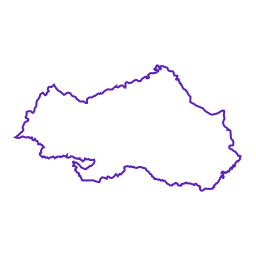 outline of Bondo, Orientale, Democratic Republic of the Congo
{"feature_id": "63176286B80368275017521", "entity_name": "Bondo", "entity_type": "district", "adm_level": 2, "iso_a3": "COD", "parent_name": "Democratic Republic of the Congo", "parent_adm1": "Orientale", "projection": "albers", "projection_center": [23.994, 4.253], "detail": "fine", "context": "isolated", "style": "outline", "palette": "violet", "viewbox_px": 256, "rotation_deg": 0, "n_neighbors": 0, "source": "geoboundaries", "source_scale": "gbopen_adm2", "svg_char_len": 5784}
<svg xmlns="http://www.w3.org/2000/svg" viewBox="0 0 256 256"><path d="M170.5,185.5L172.2,185.3L172.5,184.6L173.5,184.4L175.5,182.9L177.1,183.4L177.6,184.0L177.6,184.6L178.3,185.3L179.1,185.6L180.1,185.3L181.0,185.7L181.3,185.4L181.6,184.1L182.4,184.2L183.0,183.7L184.1,183.7L185.4,182.7L186.6,182.7L186.9,183.3L189.6,183.3L193.3,184.5L194.0,185.1L194.4,185.0L195.1,183.8L196.3,184.0L197.8,185.6L199.7,186.2L200.1,186.7L200.2,187.0L199.8,187.7L200.0,189.1L200.9,190.5L201.3,190.6L202.5,190.6L205.3,188.5L207.5,188.9L208.7,188.8L209.9,189.0L210.6,188.7L211.9,188.8L212.6,188.6L212.9,188.4L213.2,187.3L214.1,187.0L213.8,186.1L214.2,185.4L215.3,184.6L216.1,183.4L217.1,183.3L218.1,182.1L218.3,181.4L219.1,180.5L220.5,177.2L221.2,177.0L221.4,175.9L221.8,176.0L222.3,177.2L222.9,177.8L223.3,177.9L223.7,176.9L223.1,175.6L223.3,174.2L221.5,173.1L222.2,171.7L222.6,171.6L223.6,171.9L225.4,173.0L226.1,172.2L226.6,172.4L227.4,172.2L227.8,171.3L229.0,171.5L229.7,170.4L229.5,169.7L230.9,167.7L231.5,167.5L232.0,168.6L232.6,167.6L232.6,166.3L233.3,165.4L233.8,165.5L234.3,166.4L234.9,166.1L234.8,165.3L234.3,164.8L235.3,163.7L236.2,162.0L237.5,160.9L238.2,161.3L239.9,159.3L239.9,157.6L240.6,156.3L239.4,155.8L238.1,155.8L237.8,154.8L236.9,153.8L236.2,152.5L233.0,150.4L232.2,149.5L230.5,148.9L229.4,148.2L229.2,146.7L229.7,145.9L230.4,145.5L231.8,145.5L233.1,145.2L233.4,142.6L233.1,140.9L231.2,138.7L230.9,138.0L230.5,131.2L229.7,130.1L227.6,129.9L228.1,129.2L227.6,128.5L225.3,127.0L224.3,126.0L223.2,123.8L223.1,122.6L223.5,120.8L224.4,118.9L224.4,118.1L223.9,115.4L224.2,111.0L223.8,110.7L221.9,110.7L217.7,113.3L212.2,114.7L210.6,114.3L205.3,111.1L202.9,108.3L195.4,105.2L194.2,104.0L193.3,103.7L190.8,102.3L190.2,101.8L190.5,96.9L188.5,94.7L187.1,91.8L186.3,91.2L185.7,89.9L183.9,89.1L183.2,88.4L182.6,87.6L182.2,86.1L181.2,85.0L181.3,84.1L179.6,83.1L179.6,81.8L178.8,81.0L178.9,80.1L178.7,79.3L176.8,79.7L176.1,79.5L176.0,79.1L176.8,78.2L177.2,77.2L177.4,76.5L177.3,75.8L174.3,75.4L173.6,72.6L172.9,71.4L169.4,71.0L168.1,70.0L167.5,68.1L167.1,67.7L164.2,66.8L163.6,66.4L161.3,66.0L160.2,66.5L160.1,67.2L160.9,68.5L160.8,69.0L160.0,69.3L157.9,65.5L157.1,65.4L156.6,65.7L156.1,66.5L155.6,68.2L154.5,68.7L154.3,69.2L155.1,70.2L156.7,69.7L157.6,69.9L158.1,70.4L158.2,71.3L156.8,72.0L155.5,73.0L153.6,72.9L152.5,73.4L151.5,73.1L150.0,73.3L148.2,75.0L148.2,75.6L149.0,77.2L148.7,78.0L148.3,78.2L146.7,78.3L146.6,76.8L145.5,76.6L142.2,78.7L140.6,81.0L138.2,81.1L136.8,80.0L136.0,79.9L134.5,80.4L131.3,82.7L128.9,83.1L127.5,82.3L126.3,82.3L125.3,83.6L125.6,85.5L125.4,87.6L124.7,87.5L122.7,85.6L121.4,85.4L120.0,85.9L118.9,87.0L117.9,87.4L116.2,86.8L116.3,86.0L114.3,87.4L112.4,89.4L109.7,89.5L108.3,89.3L107.2,89.5L104.5,91.0L102.4,93.4L101.4,93.4L100.7,93.1L99.9,94.0L98.5,93.4L94.7,96.1L94.4,96.1L94.8,95.8L93.9,96.1L92.1,97.4L89.5,97.4L88.9,97.7L87.0,99.2L86.9,103.0L85.7,103.0L83.6,101.4L80.4,101.5L79.2,101.1L78.0,99.6L76.5,98.9L76.3,98.1L75.3,96.8L72.6,96.2L71.6,95.2L70.5,93.5L69.4,92.8L67.3,92.8L64.0,94.9L60.3,91.6L58.1,90.6L55.5,87.4L53.9,84.7L51.5,87.0L49.0,86.8L48.1,87.9L47.7,89.6L48.8,91.0L48.5,91.5L46.8,92.6L46.6,94.2L46.0,94.8L45.5,95.2L45.0,95.1L43.2,93.0L42.6,92.8L40.5,94.3L40.0,95.1L40.0,96.0L39.6,96.8L38.5,99.0L37.0,100.6L36.8,101.3L36.4,103.1L36.3,106.2L34.6,108.5L34.4,110.6L33.8,112.0L33.1,112.8L32.5,112.7L31.9,112.4L31.2,111.4L28.6,111.1L26.6,112.0L26.5,115.7L25.6,117.1L25.9,118.0L28.1,118.9L28.3,119.3L28.0,120.8L27.3,121.0L24.8,122.4L24.4,123.0L22.6,127.3L22.7,128.3L23.4,129.3L23.0,130.7L21.7,132.1L20.8,132.6L18.9,134.7L17.2,135.9L16.1,137.0L15.4,137.3L16.6,137.8L17.7,137.7L19.3,138.0L20.7,137.2L22.7,136.4L25.5,137.5L28.7,137.1L30.1,138.1L31.5,137.4L31.9,137.5L32.4,139.7L33.4,140.3L34.9,138.9L35.5,140.3L36.4,140.9L37.3,141.0L38.3,143.1L38.2,144.2L39.4,144.3L40.2,143.9L41.2,144.9L42.0,145.0L43.8,147.3L42.7,147.7L41.8,148.9L41.0,151.0L41.2,152.8L39.9,153.3L39.8,154.7L42.1,156.9L43.0,156.6L43.2,157.2L44.3,156.5L44.7,156.6L45.1,157.4L46.1,157.8L47.1,157.3L48.5,158.5L50.5,157.3L52.0,157.2L52.7,156.7L53.4,156.6L53.8,157.2L54.7,157.7L54.9,158.2L56.1,157.3L56.6,157.4L57.2,156.6L58.0,156.8L59.2,156.5L59.9,157.0L60.7,156.6L61.3,157.0L62.1,156.7L62.8,156.0L63.4,155.7L64.3,156.2L65.9,156.3L66.8,155.4L66.5,157.0L66.9,157.5L68.6,157.7L69.4,157.3L70.0,157.2L70.8,156.3L72.1,156.4L74.2,157.4L74.2,157.8L75.2,158.3L76.4,158.4L77.3,158.7L77.5,158.5L78.3,158.7L79.2,158.4L79.0,159.0L79.3,159.2L80.1,159.1L80.8,159.8L82.1,160.4L82.5,161.2L84.2,160.4L84.9,159.2L84.9,158.6L85.7,158.7L87.1,159.4L88.8,159.0L89.2,159.7L90.7,160.1L94.1,159.7L94.4,160.6L94.4,161.7L94.2,162.7L93.7,163.5L91.2,165.9L90.8,166.1L89.7,166.0L88.3,167.5L87.2,167.8L86.3,169.0L85.2,169.2L81.2,167.4L79.1,164.8L76.4,162.6L74.7,162.4L73.3,161.6L72.9,162.1L74.2,163.9L73.6,164.4L73.1,165.9L75.8,166.4L76.7,167.6L75.5,168.7L75.2,170.2L75.8,170.2L76.8,172.2L79.1,173.5L78.8,175.5L79.3,176.0L80.2,175.8L80.5,176.3L80.7,177.4L81.5,178.5L81.8,180.0L82.4,180.4L93.4,180.4L95.9,181.4L99.1,182.2L99.9,181.0L100.1,179.9L100.6,178.8L102.2,177.3L104.5,177.8L106.8,178.8L107.5,176.7L108.4,176.5L110.1,177.7L111.0,178.1L111.5,178.0L113.2,177.3L114.4,176.1L115.8,174.1L116.5,174.5L117.9,176.3L119.5,174.0L120.3,173.9L120.7,174.4L121.0,174.4L122.9,172.0L124.3,171.1L124.6,168.9L124.2,167.9L124.8,166.7L127.8,166.1L129.8,166.9L130.9,166.3L132.3,167.2L132.8,167.2L133.5,166.8L135.1,167.8L135.8,167.7L136.5,168.1L138.5,167.1L140.2,166.9L141.2,167.4L142.0,167.3L143.2,168.0L145.2,168.2L145.8,168.8L146.4,170.4L147.6,171.0L149.3,172.7L150.2,174.1L151.3,174.4L152.0,176.3L152.5,176.3L153.5,177.6L154.3,177.8L154.6,179.0L156.4,179.0L158.2,179.7L159.0,179.4L159.8,179.7L160.6,180.6L162.4,180.0L163.3,180.9L164.4,180.7L165.3,181.3L165.6,182.0L167.4,183.7L170.5,185.5Z" fill="none" stroke="#5b21b6" stroke-width="2"/></svg>